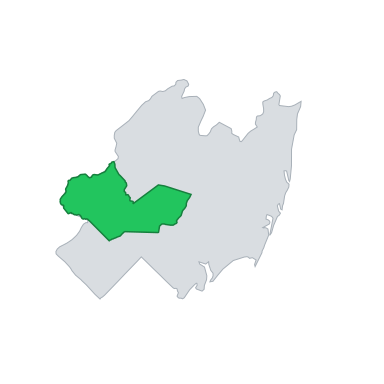 Ogooué-Ivindo on a map of Gabon (Equal Earth projection), rotated 224°
{"feature_id": "GAB-2186", "entity_name": "Ogooué-Ivindo", "entity_type": "Province", "adm_level": 1, "iso_a3": "GAB", "parent_name": "Gabon", "parent_adm1": "", "projection": "equal_earth", "projection_center": [13.011, 0.34], "detail": "fine", "context": "in_parent", "style": "filled", "palette": "green", "viewbox_px": 384, "rotation_deg": 224, "n_neighbors": 0, "source": "natural_earth", "source_scale": "10m", "svg_char_len": 6468}
<svg xmlns="http://www.w3.org/2000/svg" viewBox="0 0 384 384"><g transform="rotate(224 192 192)"><path d="M249.3,57.4L249.1,60.6L246.5,68.3L245.2,74.3L244.9,80.7L245.6,85.8L246.9,89.5L247.7,93.4L247.1,96.2L245.8,97.4L246.7,98.8L248.6,99.1L251.9,97.9L257.0,95.8L263.7,92.7L268.1,91.1L275.3,92.1L279.2,93.3L281.1,95.4L283.3,104.6L284.3,106.0L286.1,109.9L287.5,114.5L287.9,116.9L287.7,118.6L286.2,121.2L284.6,124.9L284.0,127.1L282.6,128.8L280.8,130.4L276.0,131.1L275.3,132.1L273.9,136.0L271.4,139.4L270.2,142.5L269.2,146.8L269.4,152.0L268.9,159.5L268.4,164.6L269.6,166.4L275.4,167.7L276.5,168.7L278.1,171.8L280.0,174.8L285.3,176.7L287.4,178.9L289.0,181.4L289.2,183.5L288.0,191.7L286.9,199.5L287.3,205.5L287.8,211.2L288.4,219.5L288.1,224.6L286.6,227.7L286.6,230.1L287.3,233.0L286.0,241.1L285.1,242.5L282.8,244.0L281.5,246.2L281.1,249.6L279.8,254.3L278.5,256.0L278.5,258.2L279.8,259.8L279.8,262.2L277.4,265.1L276.0,267.3L272.8,268.4L269.2,267.2L268.4,265.6L269.3,263.1L269.0,261.1L267.7,259.0L265.8,253.5L264.1,252.4L263.1,254.6L260.2,258.8L255.0,264.1L251.4,264.5L244.7,262.9L239.1,260.3L236.5,254.1L234.8,249.0L232.5,243.0L229.8,240.2L226.9,238.4L225.6,238.3L221.5,241.6L220.3,242.9L220.3,245.7L220.7,248.3L221.3,249.5L221.9,251.2L221.8,253.8L221.0,257.3L220.8,261.1L207.9,264.8L205.7,263.5L204.1,261.8L202.1,262.1L196.6,264.0L194.5,262.7L192.5,261.7L191.5,262.5L191.5,264.1L192.4,273.1L192.1,276.5L190.9,281.0L190.2,284.1L193.6,284.9L194.8,286.3L196.0,288.6L197.7,290.7L197.8,292.0L195.9,294.3L195.3,297.2L196.2,299.5L198.5,301.8L201.9,304.3L203.6,305.9L203.4,307.4L201.8,310.5L201.2,313.1L200.2,315.5L200.4,317.7L201.9,319.8L201.7,321.6L200.7,323.0L198.6,322.7L196.8,322.9L195.2,322.4L190.2,315.2L189.1,315.0L181.8,320.5L180.0,322.8L178.5,326.0L176.5,333.0L173.2,328.9L170.4,321.5L167.0,316.9L160.0,309.5L158.2,304.1L150.2,292.0L138.7,280.0L130.4,269.6L129.1,267.3L130.5,267.6L138.5,272.8L139.6,272.2L140.5,271.1L137.1,268.3L133.8,266.2L130.7,264.9L127.6,265.0L125.8,262.8L124.7,259.4L124.1,256.6L122.7,253.6L118.3,247.4L117.3,245.0L114.8,241.7L116.3,241.3L121.0,244.4L121.5,243.2L121.0,241.3L116.3,238.4L113.7,238.2L113.1,236.1L113.5,233.7L110.1,224.7L106.5,218.0L106.0,214.8L115.5,229.4L116.8,229.7L118.4,229.6L122.4,227.9L121.6,226.0L119.9,223.9L118.1,224.8L115.9,225.0L114.7,224.1L114.2,222.6L116.4,215.5L115.5,215.9L114.7,217.1L113.5,217.7L111.6,218.1L106.9,214.3L102.8,204.0L101.7,201.9L100.6,198.3L99.5,196.9L94.8,182.2L96.6,183.3L98.7,187.6L102.9,186.7L104.6,184.2L106.0,184.3L107.5,183.7L109.3,181.4L114.7,171.4L116.2,158.1L115.7,150.2L114.9,142.3L116.7,139.8L117.4,141.5L117.7,144.3L118.6,146.3L120.5,148.2L124.1,148.7L129.6,151.6L131.6,153.4L132.1,149.7L138.5,146.6L136.5,145.5L130.9,146.7L123.1,142.0L120.6,139.0L118.2,133.4L115.7,130.4L115.9,127.7L121.4,125.3L122.9,125.6L123.5,128.5L125.0,129.7L125.6,129.3L125.8,126.8L125.8,120.1L124.1,110.5L124.6,108.6L126.2,108.0L127.5,106.7L128.5,106.4L130.4,106.7L131.3,108.9L131.8,110.1L133.7,110.7L135.3,111.9L136.6,111.6L137.7,110.2L139.4,109.9L144.4,109.9L149.0,109.9L158.2,110.0L167.3,110.0L176.5,110.1L183.4,110.1L183.3,104.6L183.3,96.1L183.3,86.1L183.2,76.5L183.2,67.6L183.2,57.1L183.5,54.1L184.0,52.9L183.8,51.1L190.9,51.0L203.7,51.8L209.3,51.7L210.9,51.8L217.9,51.3L223.6,52.0L226.0,52.7L228.2,53.1L234.9,53.5L243.8,53.0L246.8,53.1L248.5,54.6L249.3,57.4Z" fill="#d9dde1" stroke="#a8b0b8" stroke-width="1"/><path d="M245.6,100.0L246.0,100.0L246.7,99.9L247.8,100.0L248.5,99.8L249.1,99.5L249.8,98.4L250.4,98.3L250.9,98.1L251.2,97.3L251.4,97.0L252.1,96.7L252.8,96.6L253.3,96.7L254.5,97.2L255.6,97.5L256.6,97.5L257.7,97.2L258.1,96.8L258.9,95.4L260.1,94.8L260.5,94.3L261.0,93.9L261.7,93.8L262.0,93.8L262.3,93.8L262.9,93.6L263.2,93.5L263.6,93.1L263.8,92.9L264.0,93.0L264.3,93.2L264.5,93.3L264.8,93.1L265.3,91.9L265.7,90.7L266.2,90.4L272.5,91.2L273.1,91.3L273.7,91.8L274.2,92.5L274.7,93.0L275.4,93.1L276.6,92.4L277.3,92.2L277.9,92.3L279.3,92.8L279.5,93.1L279.8,93.4L280.0,93.6L280.4,93.7L280.5,94.0L280.8,94.5L281.2,94.7L281.6,95.1L281.8,95.6L282.3,98.4L282.3,99.6L282.3,103.0L282.6,104.2L283.1,105.1L284.7,106.1L285.2,107.0L285.7,109.4L286.1,110.4L286.6,111.4L287.1,112.3L287.8,113.1L288.6,113.6L288.8,114.0L288.8,114.6L288.5,115.0L288.1,115.4L287.8,115.7L287.9,116.3L288.1,118.4L287.0,120.3L285.4,122.1L284.5,124.0L284.4,126.3L284.1,127.3L281.6,130.2L281.5,130.4L281.3,130.6L280.9,130.8L279.2,130.9L277.3,130.7L275.6,131.0L274.6,132.9L275.0,133.8L275.2,134.7L275.1,135.7L274.4,136.7L271.9,138.5L271.2,139.5L270.0,143.1L268.9,145.4L268.7,146.5L268.9,147.7L269.2,149.1L269.4,150.2L269.5,153.4L269.7,153.8L270.1,153.8L270.5,153.9L270.8,154.4L270.8,154.9L270.3,155.7L270.1,156.2L270.2,156.8L270.4,157.3L270.4,157.8L270.1,158.4L269.7,158.9L269.3,159.6L266.8,158.4L265.1,156.8L264.4,156.2L263.7,155.9L257.0,153.9L256.5,153.8L255.2,153.9L248.9,153.6L248.2,153.6L247.9,153.5L247.6,153.3L247.2,153.0L246.9,152.8L246.0,152.9L245.6,152.8L245.2,152.6L244.8,152.3L243.6,151.4L243.3,151.1L243.2,150.7L242.6,147.9L242.5,147.0L242.3,146.7L241.8,146.1L241.3,145.5L241.0,145.3L240.0,145.5L239.7,145.5L239.3,145.4L239.0,145.2L238.4,144.7L237.8,144.1L237.5,144.0L236.6,145.2L236.2,145.5L235.7,145.6L235.3,145.5L234.3,145.1L233.5,144.9L232.8,145.0L232.4,144.9L232.1,144.5L232.0,144.1L231.7,143.7L231.4,143.4L231.1,143.0L230.8,142.8L230.3,142.7L228.2,144.1L227.8,144.2L227.5,144.1L227.2,143.9L226.9,143.5L226.6,143.1L226.4,142.9L226.2,143.0L221.1,173.7L215.9,177.3L191.0,189.6L190.0,186.7L189.9,186.3L189.4,182.6L188.8,181.2L188.4,180.4L188.2,179.9L186.9,178.5L186.6,178.1L186.4,177.6L185.9,175.3L185.8,174.6L185.9,173.4L185.8,172.7L185.7,172.1L185.6,171.6L183.8,168.1L183.6,167.7L183.5,167.2L183.5,166.8L183.5,165.7L183.6,164.4L183.4,162.4L183.2,160.8L183.1,160.5L182.8,160.2L182.5,160.1L182.2,160.0L181.9,159.9L181.7,159.7L181.6,159.4L181.5,159.1L181.5,158.7L181.6,158.2L182.2,156.8L182.4,155.4L182.7,154.9L183.6,154.1L184.1,153.5L188.8,150.1L189.4,150.0L189.7,149.8L190.2,149.3L190.6,148.9L191.3,148.2L191.5,147.7L191.6,147.1L191.5,146.4L191.7,145.0L188.3,140.1L188.1,139.7L188.4,139.1L212.6,117.0L212.9,116.6L213.0,116.2L213.2,114.9L213.1,114.7L213.1,114.4L213.1,114.1L213.2,113.6L213.2,113.4L213.1,111.7L213.1,110.8L213.2,110.1L213.3,110.0L214.2,108.3L214.5,107.7L214.9,106.6L214.9,106.4L215.0,106.2L215.1,105.9L215.6,105.1L215.7,104.9L216.3,103.2L216.8,102.7L216.9,102.4L217.0,101.7L217.1,101.4L217.1,101.2L217.5,100.6L217.6,100.4L217.7,99.8L217.7,99.4L245.6,100.0Z" fill="#22c55e" stroke="#15803d" stroke-width="1.5"/></g></svg>